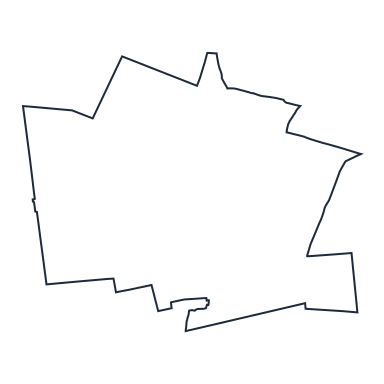 the district of Matca, Galati, Romania
{"feature_id": "2599482B31737152321862", "entity_name": "Matca", "entity_type": "district", "adm_level": 2, "iso_a3": "ROU", "parent_name": "Romania", "parent_adm1": "Galati", "projection": "equal_earth", "projection_center": [27.578, 45.852], "detail": "fine", "context": "isolated", "style": "outline", "palette": "slate", "viewbox_px": 384, "rotation_deg": 0, "n_neighbors": 0, "source": "geoboundaries", "source_scale": "gbopen_adm2", "svg_char_len": 3013}
<svg xmlns="http://www.w3.org/2000/svg" viewBox="0 0 384 384"><path d="M361.0,154.0L359.0,153.5L345.1,149.2L338.7,147.3L338.0,147.1L335.9,146.5L331.8,145.3L328.8,144.5L322.1,142.7L314.2,140.3L310.6,139.2L305.6,137.4L304.6,136.8L301.4,136.0L299.2,135.4L296.0,134.6L295.2,134.4L294.4,134.3L291.5,133.5L289.1,132.9L286.6,132.3L286.6,132.0L286.7,131.4L286.8,130.9L286.8,130.4L287.0,129.4L287.2,128.5L287.2,128.1L287.4,127.6L287.5,127.2L287.7,126.3L288.0,124.8L288.5,123.5L289.2,122.3L289.3,121.9L289.5,121.2L290.2,120.4L290.7,119.4L291.7,118.1L292.0,117.7L292.2,117.2L292.6,116.7L293.1,115.9L293.5,115.1L294.3,114.1L295.1,112.8L295.9,111.4L296.2,110.8L296.7,110.0L297.8,108.6L298.6,107.8L299.2,107.1L299.8,106.4L300.2,106.0L298.6,105.7L297.6,105.4L296.6,105.2L294.8,104.8L292.8,104.3L289.4,103.4L287.9,103.1L286.9,102.9L285.7,102.3L284.9,101.7L284.4,101.3L284.1,100.9L283.9,100.5L283.8,100.2L283.6,99.9L283.3,99.8L282.5,99.6L281.6,99.3L280.4,99.1L277.3,98.3L276.8,98.2L275.3,97.9L274.1,97.7L271.6,97.3L270.7,97.2L270.2,97.1L269.1,96.9L267.2,96.7L261.8,96.0L259.7,95.5L255.4,94.0L254.3,93.6L253.6,93.2L253.1,93.2L252.6,93.3L252.2,93.2L250.9,92.9L248.7,92.2L245.7,91.4L242.9,90.6L240.8,90.1L238.4,89.4L234.5,88.5L232.5,88.4L228.6,88.3L227.4,88.5L226.5,86.6L224.2,82.6L222.4,79.4L222.1,78.8L221.8,77.8L221.8,76.9L221.8,76.0L221.7,75.0L221.6,74.2L221.1,72.7L220.7,71.3L220.2,70.0L220.0,69.4L219.8,69.1L219.7,68.7L219.4,67.9L219.1,66.9L218.9,66.1L218.6,64.8L218.1,62.7L217.9,61.5L217.6,59.7L217.2,57.7L216.9,55.5L216.8,55.0L216.7,54.5L216.6,54.1L216.6,53.4L215.3,53.4L214.2,53.3L211.0,53.1L209.6,53.0L207.6,52.9L207.3,52.9L207.1,53.5L206.9,54.3L206.7,55.0L206.5,55.7L205.0,61.5L203.1,67.7L200.2,77.3L197.0,85.8L174.1,76.8L122.1,56.4L92.7,118.4L72.1,110.4L58.9,109.2L29.9,106.6L23.0,106.1L26.9,136.0L29.8,158.0L32.0,176.0L33.8,191.2L34.8,198.7L34.6,199.2L33.7,199.3L32.7,199.4L32.9,201.6L33.6,201.7L34.0,202.3L34.5,205.6L35.3,211.6L36.9,211.9L38.1,220.7L40.1,236.1L43.5,261.5L46.5,284.4L50.8,284.0L71.3,282.1L75.8,281.7L108.2,278.9L113.5,278.6L116.0,292.3L122.4,291.0L128.9,289.8L151.5,285.0L158.2,311.1L161.6,310.4L171.6,308.2L170.9,302.5L171.4,302.2L184.1,299.5L206.3,298.0L206.7,300.6L208.7,300.2L208.9,300.8L208.7,302.2L208.6,303.9L208.3,305.0L207.0,304.8L205.9,308.2L203.3,308.9L202.0,308.8L197.5,309.0L195.9,309.7L194.7,310.7L192.1,310.1L190.3,310.4L189.1,310.7L188.7,314.0L187.9,317.0L187.5,317.8L187.1,320.0L186.7,321.0L186.1,327.7L185.8,329.2L185.7,331.1L228.2,321.2L305.1,303.2L305.6,308.8L340.4,311.0L343.4,311.2L357.4,312.4L356.3,301.0L354.2,280.0L351.7,254.8L351.5,253.0L348.0,253.3L347.3,253.4L337.8,254.1L336.8,254.2L320.4,255.4L309.1,256.2L307.2,256.2L307.1,255.8L307.8,253.4L310.7,243.8L313.7,236.7L314.1,235.7L315.6,232.1L319.4,223.0L321.0,219.5L321.6,217.9L323.6,212.2L324.6,208.1L325.6,205.8L329.1,200.2L330.3,196.9L330.5,196.5L331.8,193.0L336.4,180.8L339.9,171.1L344.6,162.8L345.7,161.2L355.2,156.7L356.8,155.9L359.8,154.5L360.4,154.3L361.0,154.0Z" fill="none" stroke="#1e293b" stroke-width="2"/></svg>